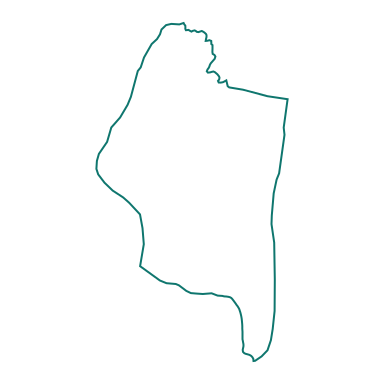 San Lucas Tolimán, Sololá, Guatemala (Mercator projection)
{"feature_id": "79465075B2167419407314", "entity_name": "San Lucas Tolimán", "entity_type": "district", "adm_level": 2, "iso_a3": "GTM", "parent_name": "Guatemala", "parent_adm1": "Sololá", "projection": "mercator", "projection_center": [-91.143, 14.59], "detail": "fine", "context": "isolated", "style": "outline", "palette": "teal", "viewbox_px": 384, "rotation_deg": 0, "n_neighbors": 0, "source": "geoboundaries", "source_scale": "gbopen_adm2", "svg_char_len": 1957}
<svg xmlns="http://www.w3.org/2000/svg" viewBox="0 0 384 384"><path d="M183.6,23.0L179.3,24.4L171.3,23.9L166.1,25.1L161.5,29.5L160.0,34.3L157.0,39.1L151.7,44.0L144.0,57.5L140.7,67.4L137.8,71.0L130.9,96.8L127.6,104.8L120.1,117.5L111.3,127.5L107.1,141.9L98.9,153.9L96.9,160.9L96.4,168.9L98.2,174.4L104.5,182.7L112.7,190.6L123.1,197.4L129.1,202.7L140.0,214.4L142.5,228.1L143.8,244.2L140.1,266.2L159.9,280.5L166.5,283.2L175.8,284.0L178.9,285.3L186.3,290.9L190.9,293.1L196.9,293.6L202.8,294.0L211.6,293.3L217.6,295.6L222.3,295.9L224.2,296.4L226.2,296.5L228.3,296.8L229.9,297.2L231.2,297.9L232.2,298.9L233.8,301.0L234.6,302.1L235.7,303.6L236.6,305.0L237.5,306.1L238.5,307.7L239.3,309.2L239.7,310.5L240.3,312.3L240.7,313.8L241.1,315.5L241.4,317.0L241.7,318.8L241.9,320.7L242.2,324.1L242.3,326.2L242.3,328.8L242.5,331.8L242.5,335.0L242.5,337.4L242.5,339.3L242.8,340.7L243.1,342.4L243.4,343.9L243.5,345.1L243.4,346.7L243.0,348.4L242.7,349.9L243.0,351.9L244.3,353.2L245.6,353.8L247.5,354.3L249.5,354.9L251.2,355.9L252.4,357.2L253.3,358.8L253.5,361.0L255.1,360.8L261.6,356.4L267.5,350.3L270.9,340.2L272.7,329.0L274.6,311.0L274.8,279.5L274.2,242.6L271.5,224.1L271.8,215.4L273.7,193.3L276.6,179.6L279.1,173.4L284.5,134.8L283.7,127.6L287.6,99.2L267.4,96.2L243.0,89.7L229.2,87.4L227.7,86.2L226.3,80.4L223.2,82.1L222.0,82.4L220.6,82.6L218.7,82.5L218.0,80.9L219.1,79.6L219.5,77.8L219.1,76.5L217.4,74.3L214.8,72.1L213.4,71.5L211.6,71.9L210.1,72.4L207.9,72.6L206.8,71.3L207.5,69.5L208.7,67.9L209.4,66.5L209.8,65.1L210.7,63.4L214.7,58.8L215.4,56.5L214.4,54.9L212.7,53.9L212.4,52.0L212.5,48.3L212.5,45.1L211.3,44.0L211.3,42.1L211.2,40.9L209.3,40.2L207.7,40.7L205.7,40.9L206.0,39.0L206.5,37.0L206.5,35.1L206.0,34.0L204.6,32.7L203.5,31.9L201.8,31.0L200.2,31.5L198.4,32.1L196.7,31.8L195.7,30.9L194.6,30.4L192.6,30.9L191.5,31.6L190.1,30.9L188.5,29.9L187.1,30.1L185.9,30.2L185.3,28.8L185.4,27.6L185.3,25.6L184.2,24.3L183.6,23.0Z" fill="none" stroke="#0f766e" stroke-width="2"/></svg>